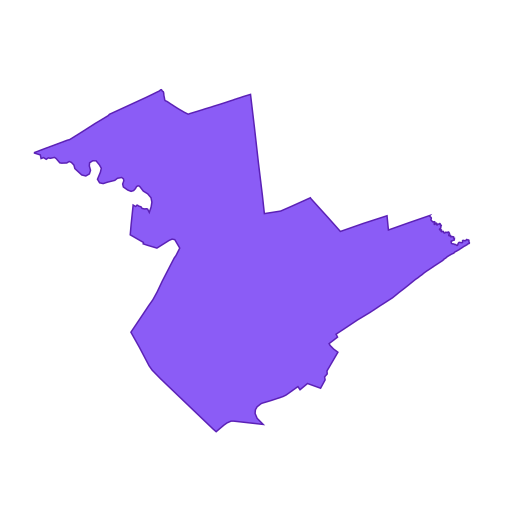 outline of Scrioastea, Teleorman, Romania, rotated 356°
{"feature_id": "2599482B90968840278359", "entity_name": "Scrioastea", "entity_type": "district", "adm_level": 2, "iso_a3": "ROU", "parent_name": "Romania", "parent_adm1": "Teleorman", "projection": "mercator", "projection_center": [25.003, 44.171], "detail": "fine", "context": "isolated", "style": "filled", "palette": "violet", "viewbox_px": 512, "rotation_deg": 356, "n_neighbors": 0, "source": "geoboundaries", "source_scale": "gbopen_adm2", "svg_char_len": 5787}
<svg xmlns="http://www.w3.org/2000/svg" viewBox="0 0 512 512"><g transform="rotate(356 256 256)"><path d="M145.6,297.9L138.5,307.1L125.9,323.3L133.5,339.4L141.7,358.1L144.4,362.6L152.3,371.9L201.1,425.6L204.0,428.5L212.0,422.6L215.4,420.5L219.6,419.0L222.4,419.2L251.4,424.5L245.8,418.0L244.1,413.0L244.7,409.3L246.6,406.5L250.5,403.8L251.7,403.3L261.1,401.2L273.1,398.1L276.3,396.8L288.7,389.2L290.6,392.5L298.5,386.8L311.2,392.4L316.3,384.4L316.0,381.4L318.8,378.6L318.8,375.6L331.0,357.7L326.9,354.2L323.6,350.3L322.8,348.5L331.7,342.6L330.4,339.6L352.9,326.8L365.7,320.3L376.1,314.4L389.3,307.2L396.2,302.3L402.4,298.2L413.4,290.5L416.2,288.9L417.6,287.9L418.8,287.1L419.9,286.5L422.8,284.4L425.6,282.7L427.1,281.9L433.3,278.3L435.5,277.1L442.1,273.4L442.6,272.9L442.9,272.7L443.0,272.7L443.2,272.3L443.9,271.9L445.1,271.3L446.0,270.6L447.2,269.7L447.6,269.6L448.0,269.4L449.0,268.8L449.4,268.7L451.1,267.8L451.7,267.6L452.8,267.2L453.3,267.0L453.6,266.9L453.9,266.5L454.4,266.1L454.8,265.8L455.5,265.5L456.5,265.1L457.8,264.4L458.8,264.0L460.6,262.9L461.4,262.5L462.3,262.0L464.0,261.0L464.6,260.7L465.9,260.2L466.5,259.8L467.3,259.5L467.6,259.1L467.8,258.9L468.0,258.8L468.6,258.7L469.6,258.3L469.7,258.1L469.8,257.9L469.8,257.7L469.4,256.7L469.4,256.3L469.4,256.2L469.5,255.7L469.5,255.4L469.4,255.0L469.2,254.8L468.4,254.8L468.2,254.7L467.6,254.3L467.3,254.2L467.1,254.3L466.9,254.5L466.7,254.8L466.5,255.1L466.3,255.2L465.9,255.3L465.2,255.3L464.3,254.9L463.8,254.9L463.4,254.9L463.2,255.1L463.0,255.4L463.0,255.6L463.2,255.9L463.2,256.2L463.1,256.5L463.0,256.8L462.8,257.0L462.6,257.1L462.4,257.1L461.2,256.9L460.3,256.6L459.9,256.6L459.5,256.6L459.2,256.8L459.0,257.0L458.4,257.8L458.1,258.8L457.9,259.1L457.8,259.3L457.5,259.5L457.2,259.5L456.9,259.4L456.7,259.3L456.5,259.1L456.4,258.8L456.1,258.5L455.7,258.4L454.9,258.4L454.6,258.1L454.4,257.9L454.1,257.8L453.2,257.6L452.2,257.3L452.0,257.0L451.8,256.8L451.7,256.6L451.7,256.3L451.7,255.8L451.7,255.4L451.7,255.2L451.7,254.8L451.8,254.7L452.0,254.6L452.6,254.6L452.9,254.6L453.2,254.5L453.6,254.1L453.8,254.1L454.2,254.1L454.6,254.1L454.8,254.0L454.9,253.8L455.0,253.5L455.0,253.2L455.1,252.8L455.2,252.2L454.6,252.1L454.4,251.8L454.3,251.5L454.5,250.8L454.4,250.7L454.2,250.6L453.0,250.3L452.3,250.4L451.9,250.5L451.6,250.4L451.5,250.2L451.4,250.0L451.4,249.8L451.6,249.3L451.6,249.1L451.5,248.9L451.3,248.8L451.1,248.9L450.9,248.9L450.4,249.3L450.2,249.3L449.8,249.1L449.7,248.9L449.7,248.7L449.9,248.0L450.0,247.8L450.5,247.3L450.6,247.1L450.6,246.9L450.3,246.4L450.1,245.9L449.9,245.6L449.7,245.5L449.5,245.4L449.3,245.4L449.2,245.5L449.0,245.9L448.6,246.0L448.0,245.9L447.2,245.5L446.9,245.5L446.2,246.1L445.9,246.2L445.7,246.2L445.3,246.0L445.0,245.9L444.9,245.7L444.8,244.8L444.7,244.6L444.4,244.5L444.2,244.5L443.6,244.7L443.0,244.7L442.6,244.6L442.4,244.4L442.3,244.1L442.4,243.9L442.6,243.7L442.8,243.5L442.9,243.3L442.9,243.1L442.8,242.9L442.7,242.9L442.0,242.9L441.3,242.8L441.1,242.7L440.9,242.2L441.0,241.9L441.2,241.7L441.9,241.6L442.0,241.5L442.1,241.3L442.1,240.9L442.2,240.7L442.3,240.5L442.4,240.2L442.4,239.7L442.4,239.4L442.9,238.8L443.0,238.6L443.0,238.4L442.9,238.2L442.2,237.9L442.0,237.0L441.9,236.6L441.6,236.4L441.4,236.4L441.2,236.5L441.1,236.9L441.0,237.0L440.7,237.0L439.8,236.9L439.7,236.9L439.5,237.0L439.1,237.6L438.9,237.7L438.7,237.7L438.5,237.4L438.5,237.2L438.6,236.5L438.5,236.1L438.4,235.9L438.2,235.8L438.0,235.7L437.9,235.7L437.7,235.7L437.6,235.8L437.1,236.6L436.7,236.9L436.6,237.0L436.4,237.0L436.1,236.9L436.0,236.5L436.0,236.1L436.1,235.8L436.6,234.8L436.7,234.6L436.7,234.4L436.4,234.2L436.2,234.2L435.9,234.2L435.4,234.4L435.1,234.4L434.9,234.4L434.6,234.0L434.1,233.6L433.3,232.6L433.1,232.2L433.1,231.7L433.3,231.4L433.5,230.7L433.5,230.2L433.4,229.9L433.3,229.7L433.0,229.5L432.7,229.3L432.4,228.8L432.1,228.5L432.0,228.2L432.1,227.9L432.3,227.7L410.7,233.5L389.9,239.3L389.5,225.0L365.3,231.0L341.9,237.4L331.1,223.4L314.6,202.4L314.3,201.7L294.9,208.9L283.7,212.9L267.3,214.3L266.6,196.0L264.9,162.9L263.4,127.6L261.8,94.4L254.3,96.1L250.6,97.1L250.1,97.2L248.3,97.6L247.4,97.9L245.9,98.2L244.4,98.7L241.1,99.5L235.7,100.9L230.8,102.1L223.9,103.7L221.7,104.3L215.7,105.6L213.0,106.3L207.9,107.5L199.6,109.4L198.7,109.7L198.2,109.8L194.3,107.5L192.6,106.3L189.3,104.1L187.5,102.8L184.8,100.8L183.0,99.4L181.3,98.2L179.2,96.5L177.7,95.4L176.8,95.0L176.3,94.7L176.1,94.5L176.0,94.2L175.9,93.9L175.8,93.4L175.7,92.4L175.6,91.3L175.4,90.2L175.3,88.9L175.3,87.5L175.3,87.3L175.2,86.5L175.1,86.0L175.0,85.7L174.8,85.5L174.3,85.2L174.1,85.0L173.9,84.7L173.7,84.2L173.3,83.6L173.2,83.5L172.4,83.6L172.1,83.9L171.5,84.3L171.1,84.6L170.5,84.9L169.7,85.2L169.1,85.4L164.0,87.5L157.5,90.1L121.3,103.8L119.7,104.4L118.3,105.7L105.1,112.4L92.3,119.4L78.2,126.9L75.9,127.3L52.9,134.1L42.3,137.3L42.2,137.9L47.9,140.1L48.4,143.8L50.9,143.0L53.5,144.9L55.7,143.6L57.6,144.2L61.8,143.6L63.4,144.8L66.8,149.4L68.5,149.8L73.7,150.0L76.2,148.7L78.3,149.7L80.7,152.6L81.4,156.2L87.8,163.0L91.8,164.3L95.5,162.5L96.9,159.0L96.0,154.5L96.5,151.4L99.8,149.6L103.1,149.9L106.1,154.1L107.8,157.7L106.6,161.6L103.2,168.4L105.1,172.1L108.6,173.1L113.0,172.0L120.4,170.7L123.2,168.8L127.4,168.3L129.1,169.7L129.4,171.7L128.0,174.9L128.5,177.9L132.7,181.3L135.9,182.8L138.5,182.2L140.4,180.4L141.7,178.4L143.3,177.7L144.7,178.3L148.1,183.4L152.3,186.4L155.3,190.5L155.9,195.0L154.8,199.8L152.6,205.1L151.1,201.6L149.9,201.2L148.2,201.3L145.7,200.6L144.7,198.9L142.2,197.9L141.7,197.3L140.9,196.9L140.0,197.8L139.3,198.2L137.0,196.6L133.7,215.4L132.0,226.1L144.6,234.6L144.3,236.0L148.4,237.7L157.7,241.2L170.4,234.4L173.5,233.3L176.1,234.0L180.5,242.8L176.2,250.0L174.4,252.1L170.9,257.8L160.7,274.6L154.8,285.1L150.1,292.4L145.6,297.9Z" fill="#8b5cf6" stroke="#5b21b6" stroke-width="1.5"/></g></svg>